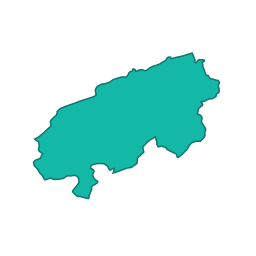 Lyelchytsy, Gomel, Belarus, rotated 343°
{"feature_id": "67162791B62905803070856", "entity_name": "Lyelchytsy", "entity_type": "district", "adm_level": 2, "iso_a3": "BLR", "parent_name": "Belarus", "parent_adm1": "Gomel", "projection": "equal_earth", "projection_center": [28.18, 51.753], "detail": "fine", "context": "isolated", "style": "filled", "palette": "teal", "viewbox_px": 256, "rotation_deg": 343, "n_neighbors": 0, "source": "geoboundaries", "source_scale": "gbopen_adm2", "svg_char_len": 3704}
<svg xmlns="http://www.w3.org/2000/svg" viewBox="0 0 256 256"><g transform="rotate(343 128 128)"><path d="M192.9,161.9L193.4,161.7L195.2,160.9L196.4,160.2L197.4,159.6L198.3,159.0L199.1,158.0L199.6,157.4L199.7,156.7L199.8,155.8L200.2,154.5L200.9,153.5L201.9,152.4L201.9,151.1L201.6,149.9L201.3,148.7L201.0,147.4L200.6,146.2L200.2,144.6L200.2,143.6L200.6,142.1L201.3,141.2L201.7,140.2L201.8,139.1L201.5,138.4L201.2,137.3L200.6,136.6L199.3,135.5L198.7,134.5L198.9,133.7L199.8,132.6L200.4,131.0L201.3,130.0L202.7,129.4L203.7,128.9L205.1,128.5L205.9,128.1L206.3,127.2L206.2,126.1L205.5,125.3L205.5,124.3L206.6,124.5L208.6,124.7L210.1,124.7L211.3,124.3L213.3,124.0L215.3,124.2L217.6,124.6L219.0,124.2L220.5,123.8L221.8,123.2L222.1,122.0L223.0,121.1L224.9,120.8L225.9,119.8L226.1,119.0L226.2,118.3L226.6,116.7L226.6,115.6L226.7,114.3L227.0,113.2L227.7,112.3L228.7,111.8L228.7,110.4L228.1,108.9L226.8,108.3L225.2,107.3L223.7,106.2L222.1,105.3L220.8,104.4L220.5,103.4L220.2,101.9L219.8,101.0L218.5,100.4L217.9,99.8L217.9,98.2L217.9,94.8L217.6,92.0L217.9,89.3L218.2,86.9L219.0,86.9L220.6,86.4L220.8,85.5L218.7,84.3L216.3,83.5L214.6,83.8L213.8,84.6L212.1,85.5L211.2,84.5L211.7,83.3L211.9,81.6L211.3,75.1L208.7,75.1L206.4,75.1L204.0,75.1L200.7,75.1L197.3,74.8L194.2,74.5L192.0,74.5L190.4,74.4L189.4,74.0L189.4,72.7L188.1,72.1L186.1,72.3L185.5,72.7L184.6,74.0L182.2,74.8L179.1,75.4L177.0,76.1L175.2,76.2L172.8,76.3L170.0,76.3L167.9,76.6L166.3,76.9L165.0,77.3L163.8,78.0L162.3,78.3L160.8,78.1L160.1,77.6L159.2,76.7L157.6,76.0L155.9,75.9L154.5,75.9L153.2,76.3L152.0,76.1L151.9,74.6L150.8,73.1L149.7,73.3L148.5,74.8L147.7,74.8L146.4,74.9L145.2,75.3L144.1,76.6L143.5,77.2L142.0,78.3L140.6,78.7L138.9,77.9L136.8,77.4L136.5,77.3L134.4,77.3L132.5,77.3L130.0,77.3L128.0,77.4L126.4,77.9L125.0,78.5L122.7,78.9L120.5,78.9L117.9,78.9L116.5,78.3L115.5,78.3L112.3,79.0L110.0,79.8L108.7,81.0L107.8,82.3L107.5,83.8L107.4,85.9L106.9,87.2L105.5,87.7L103.7,88.0L101.4,88.1L98.7,88.1L94.4,88.2L89.0,88.3L84.7,88.7L78.2,88.9L73.3,89.2L70.1,89.5L68.5,89.8L66.9,90.5L64.9,91.6L64.7,92.5L63.8,94.4L62.0,95.4L59.8,96.3L58.5,97.0L56.6,98.0L55.4,99.7L55.4,101.3L55.0,103.3L53.3,104.4L49.8,106.0L46.2,107.8L43.0,109.1L40.1,110.4L35.5,111.3L36.6,113.2L38.6,115.1L38.1,118.1L37.3,120.3L35.8,123.3L37.0,125.3L38.8,127.6L37.0,129.4L35.0,131.4L31.7,131.6L29.6,131.8L27.6,133.2L27.3,136.4L29.6,141.2L30.6,145.6L32.3,148.5L32.6,151.1L33.5,153.4L34.1,153.3L38.4,153.2L39.7,153.7L42.5,155.7L46.7,156.7L50.3,157.2L52.0,157.2L54.7,156.2L56.6,156.2L59.1,157.1L60.9,157.3L61.7,157.3L63.6,158.0L65.0,159.1L65.9,160.9L65.9,163.3L65.3,165.4L63.7,167.2L61.2,168.8L58.7,170.6L56.5,172.1L56.6,173.7L58.5,176.9L59.6,178.6L62.2,179.5L64.2,180.8L67.5,182.8L69.4,183.9L70.4,182.9L71.5,180.7L73.0,179.1L73.7,177.9L75.3,176.1L75.6,175.1L75.7,173.8L77.3,172.9L79.5,172.4L82.0,171.7L83.2,171.1L83.4,170.1L82.3,168.9L81.1,166.9L80.6,165.4L80.4,163.5L81.1,161.4L81.8,160.7L82.9,159.5L82.9,158.3L82.2,157.1L80.4,155.5L80.8,154.5L81.9,153.1L85.1,152.7L88.0,153.1L91.0,153.8L93.8,154.8L95.1,155.8L96.3,157.1L97.0,158.3L97.4,159.1L97.5,160.4L97.7,161.2L98.0,162.5L98.3,163.1L98.7,163.1L100.6,162.6L101.6,162.4L103.1,162.6L102.7,163.7L102.0,164.5L101.3,165.9L100.6,166.7L102.5,166.8L107.0,166.6L110.6,166.3L115.2,166.0L119.7,166.7L123.7,165.3L126.2,164.6L127.3,162.0L128.0,159.8L130.7,158.3L133.6,156.9L136.0,155.8L136.3,153.3L136.5,150.4L144.3,146.3L151.5,144.4L151.5,146.7L151.5,149.8L150.8,151.9L151.3,154.8L155.1,155.3L158.4,157.7L159.1,160.0L162.2,163.0L164.5,165.1L166.5,166.9L166.7,168.6L166.5,170.2L167.2,170.9L169.9,170.0L174.1,167.9L178.6,165.5L181.3,162.8L184.0,160.9L188.9,160.5L192.0,161.4L192.9,161.9Z" fill="#14b8a6" stroke="#0f766e" stroke-width="1.5"/></g></svg>